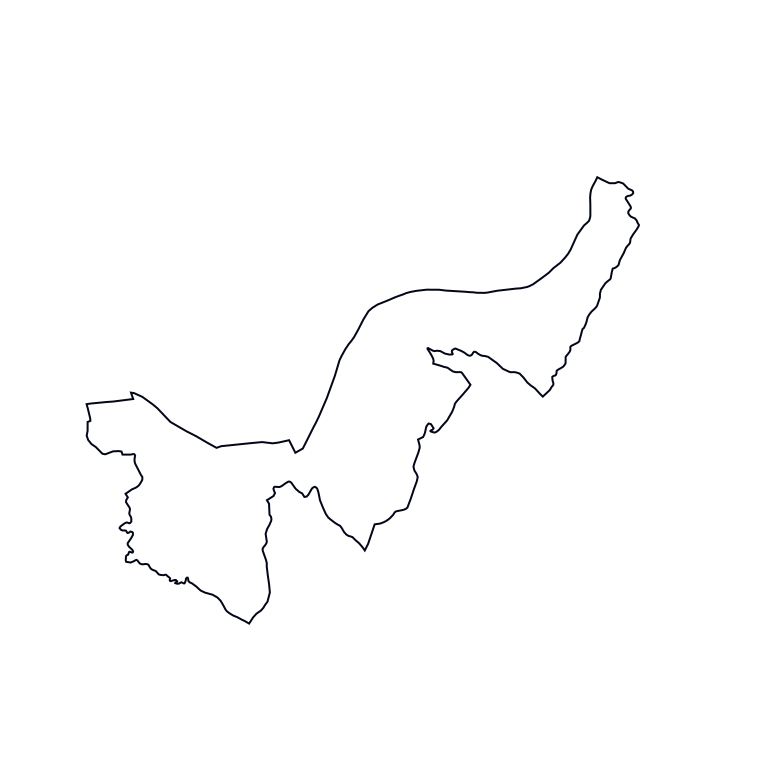 Thanh Thuy, Phú Thọ, Vietnam (Albers equal-area conic projection), rotated 239°
{"feature_id": "81297802B73795447547430", "entity_name": "Thanh Thuy", "entity_type": "district", "adm_level": 2, "iso_a3": "VNM", "parent_name": "Vietnam", "parent_adm1": "Phú Thọ", "projection": "albers", "projection_center": [105.283, 21.123], "detail": "fine", "context": "isolated", "style": "outline", "palette": "ink", "viewbox_px": 768, "rotation_deg": 239, "n_neighbors": 0, "source": "geoboundaries", "source_scale": "gbopen_adm2", "svg_char_len": 6099}
<svg xmlns="http://www.w3.org/2000/svg" viewBox="0 0 768 768"><g transform="rotate(239 384 384)"><path d="M519.9,118.7L515.2,117.4L505.7,114.4L503.6,113.3L504.1,110.4L496.5,105.8L492.8,102.5L488.4,101.6L483.2,102.3L478.4,104.5L469.3,106.7L467.3,108.9L465.8,117.1L463.1,122.1L461.3,124.2L458.2,123.5L454.1,130.3L453.0,133.1L452.5,133.8L451.0,133.9L448.4,131.7L446.3,130.4L444.0,129.7L431.0,128.8L429.0,129.0L428.1,128.6L426.3,127.4L425.2,125.5L423.7,122.6L423.1,120.4L423.0,118.9L423.0,117.4L423.5,113.7L423.0,105.9L418.7,106.0L417.9,104.4L417.3,103.3L415.6,102.0L408.9,102.2L407.5,101.8L404.3,99.0L402.9,98.6L401.0,98.6L399.0,98.2L396.2,96.5L395.6,94.7L395.9,93.8L397.7,92.4L398.1,90.9L398.1,89.2L397.7,85.4L397.3,83.9L396.7,83.1L394.8,83.4L394.1,83.7L393.0,84.6L391.8,86.6L391.1,87.3L388.9,87.3L388.4,87.4L388.0,88.5L388.1,90.7L386.9,91.9L385.7,92.1L383.9,91.0L381.9,87.5L379.7,82.6L379.0,81.9L377.8,81.5L375.5,81.7L372.2,82.7L370.9,82.9L369.5,82.6L369.0,81.7L369.7,80.8L371.2,79.7L371.2,78.8L369.5,76.8L369.7,75.4L369.4,74.4L368.5,73.6L365.8,71.8L364.4,71.4L361.5,74.8L361.0,77.7L360.9,80.8L360.6,81.4L359.5,81.8L356.0,82.2L354.6,83.2L353.5,84.6L352.7,86.7L351.5,88.2L350.4,89.0L348.0,88.9L345.8,89.0L343.9,89.9L341.3,92.0L336.7,92.9L335.5,94.1L334.4,95.5L333.5,97.0L333.2,98.3L332.6,99.0L330.5,99.6L328.2,100.5L327.5,100.5L326.1,99.2L325.1,99.3L324.6,100.7L323.8,103.6L323.2,104.6L321.4,105.1L321.0,104.4L321.3,103.0L320.8,102.5L319.1,104.1L318.5,105.6L318.5,107.3L318.3,108.3L316.9,109.2L316.0,109.9L315.9,110.5L317.7,112.9L319.2,114.1L319.5,115.5L319.1,116.0L317.7,115.7L316.0,114.9L314.2,115.2L312.1,116.7L307.0,118.8L301.5,120.4L297.4,123.1L291.7,128.5L286.7,131.3L282.3,132.3L278.3,132.3L272.1,132.0L270.0,132.3L266.6,133.7L263.2,135.5L259.6,138.2L254.8,141.0L253.0,142.3L248.1,145.0L251.3,151.5L252.8,156.3L253.2,161.9L254.3,165.4L255.8,168.1L257.4,172.0L264.1,178.8L271.6,182.4L279.5,185.7L288.0,189.5L290.7,191.2L293.8,192.2L303.7,194.2L305.5,195.3L306.3,196.9L307.2,199.5L308.1,201.2L309.3,202.4L316.6,205.4L319.9,209.1L322.3,213.3L324.8,216.8L326.3,218.0L328.6,218.8L330.8,218.5L338.6,222.7L340.5,223.8L344.7,223.8L344.9,231.6L346.6,234.4L349.0,234.7L351.2,235.3L352.2,236.6L352.2,237.4L349.5,241.4L349.2,243.6L349.6,248.4L349.6,251.8L348.7,253.0L347.3,253.7L339.7,254.3L335.1,255.8L332.4,257.5L328.2,257.6L327.7,258.6L327.4,260.0L328.1,262.3L331.1,267.6L331.7,269.1L331.7,271.3L331.2,272.1L328.9,272.9L325.3,272.1L317.1,269.2L309.4,268.0L302.6,267.2L298.5,267.4L295.7,268.3L290.6,270.3L287.3,271.9L285.1,273.3L282.3,273.6L277.8,273.5L274.3,274.2L272.0,275.4L270.7,276.7L269.0,278.1L264.6,279.2L260.5,280.6L255.3,281.5L251.2,281.8L255.2,288.1L268.5,303.7L266.3,308.9L265.7,312.4L265.5,314.8L265.6,317.8L266.0,320.3L267.1,324.4L268.5,327.1L268.6,328.9L267.0,333.3L266.1,336.0L265.7,338.3L266.0,340.4L272.0,348.0L278.7,355.8L283.8,362.1L286.9,365.0L290.2,365.6L294.2,365.5L298.0,366.7L300.4,369.2L307.6,378.2L311.0,381.8L313.1,382.9L318.9,384.6L318.4,390.1L319.6,392.1L321.2,394.1L325.5,398.1L326.8,400.6L327.1,402.0L325.3,403.6L320.5,403.7L319.8,402.1L320.1,400.5L319.8,399.6L319.0,399.8L317.0,401.6L316.2,402.6L316.0,404.2L316.3,407.2L317.9,411.5L320.3,419.4L325.2,428.3L328.5,432.6L330.4,434.4L331.6,437.0L334.5,446.4L337.3,454.7L338.8,457.7L353.0,456.6L354.2,456.3L355.2,455.1L356.0,453.6L357.0,451.9L358.0,450.7L359.5,449.4L365.3,446.8L367.8,444.2L371.3,441.2L376.1,436.7L378.5,438.6L380.6,439.2L384.2,439.5L388.7,439.5L391.5,439.3L392.2,439.7L392.1,440.3L387.5,443.0L386.3,444.0L385.1,446.8L383.1,449.3L378.8,451.8L375.8,454.9L374.2,457.6L374.4,458.4L376.6,458.7L377.7,459.6L377.9,460.9L377.9,462.4L377.6,463.5L372.5,467.3L369.4,469.1L365.9,470.5L365.0,471.1L363.9,472.3L363.7,473.6L364.0,474.9L365.0,476.6L365.2,477.7L364.8,478.6L363.7,479.4L361.7,480.1L359.8,481.1L357.9,482.4L355.8,485.1L353.7,487.2L343.8,491.5L335.8,493.7L330.4,497.3L328.8,498.7L327.1,501.8L325.8,503.3L323.1,505.6L317.6,506.9L311.6,507.6L307.5,508.9L302.6,511.1L294.5,512.8L291.4,513.6L293.4,522.9L295.0,525.9L296.0,528.6L297.6,529.7L299.4,530.0L302.2,531.2L303.4,531.9L303.6,533.4L303.2,534.7L303.2,535.9L304.5,537.5L306.2,538.6L306.6,539.6L306.6,542.4L306.5,543.5L306.6,546.7L307.1,548.1L308.2,550.3L313.7,553.7L314.3,555.1L314.8,556.7L316.1,559.9L317.2,561.3L319.0,562.3L320.0,563.1L320.2,564.3L319.7,571.1L320.0,573.4L322.0,575.3L324.8,578.3L327.5,581.0L328.8,582.5L329.2,584.5L331.5,587.8L333.2,589.8L336.4,593.0L338.1,596.3L339.2,599.3L340.0,603.3L340.6,605.3L341.2,606.8L346.8,613.5L350.6,615.9L351.7,617.2L352.9,618.2L356.3,625.5L356.9,628.6L357.3,631.9L358.1,633.0L362.6,636.9L365.1,639.5L364.6,641.4L364.6,643.8L365.2,646.3L368.7,650.0L372.6,656.7L376.1,661.6L377.1,664.2L377.7,666.4L378.4,667.7L381.6,670.2L383.9,674.5L386.2,679.9L387.5,682.5L388.8,684.4L391.9,684.4L393.8,684.8L396.6,684.4L400.0,682.0L401.8,681.4L404.4,681.3L405.6,681.9L406.5,683.3L407.3,685.9L408.4,686.7L410.0,686.8L418.4,686.6L419.5,687.5L419.7,688.8L419.4,690.4L418.7,691.9L418.6,693.9L419.2,695.9L420.7,696.6L422.1,696.4L425.7,693.9L432.6,692.3L435.4,690.1L436.6,688.6L437.1,685.5L440.0,680.7L447.0,676.0L451.4,673.3L449.2,670.1L446.2,664.9L443.8,661.6L441.0,659.1L437.8,656.8L431.4,653.2L421.7,647.4L419.9,645.7L418.3,643.8L417.6,641.2L416.9,637.1L412.4,626.6L403.1,613.2L400.7,608.7L399.1,604.4L397.1,597.7L396.1,589.1L394.5,582.6L393.5,573.0L392.7,563.1L393.0,559.0L393.5,556.5L395.7,550.3L397.6,546.7L405.7,528.9L409.0,520.0L410.1,517.5L414.3,510.7L416.5,507.9L418.7,504.6L421.2,501.2L432.1,485.3L436.4,479.8L442.9,469.1L447.1,459.9L449.3,454.0L450.5,449.7L450.8,447.5L452.5,438.9L453.8,429.3L455.4,419.6L455.3,413.3L454.4,408.2L450.0,399.7L443.8,389.8L439.6,382.5L437.7,378.1L436.4,374.4L433.6,368.5L429.7,361.8L427.1,357.9L416.4,346.2L401.5,327.9L389.4,311.1L386.0,305.9L383.3,301.4L370.5,281.2L370.7,272.6L384.7,273.7L388.1,263.5L390.5,258.0L397.0,249.6L401.9,239.4L414.6,212.3L415.5,207.6L424.1,202.6L436.0,196.1L445.1,190.4L461.4,181.4L480.1,177.2L485.3,175.4L497.3,170.3L505.0,165.0L506.9,162.7L500.3,161.3L508.4,142.9L511.6,136.6L518.1,123.0L519.9,118.7Z" fill="none" stroke="#020617" stroke-width="2"/></g></svg>